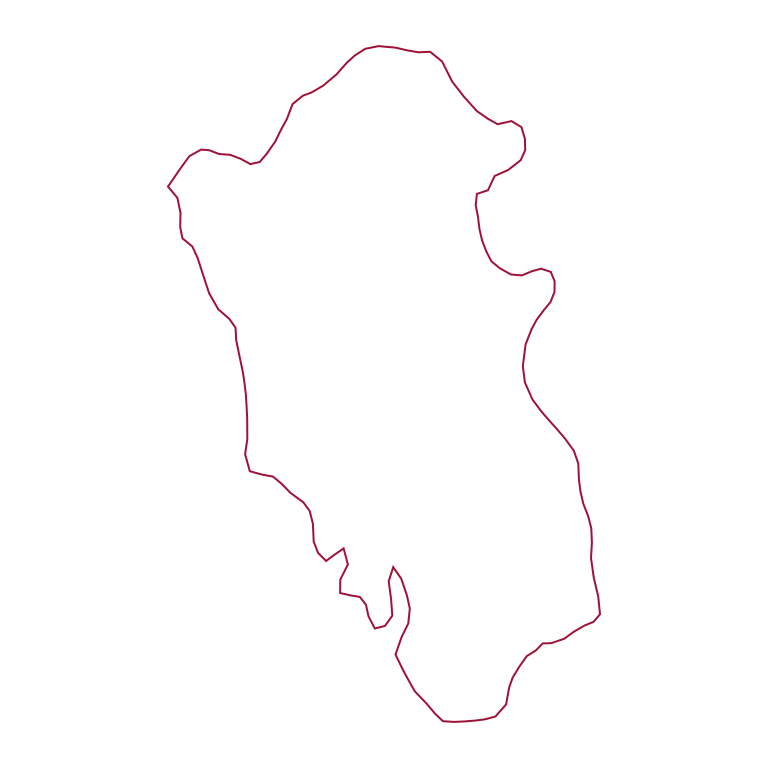 Mvita, Kenya
{"feature_id": "3690345B40484627971500", "entity_name": "Mvita", "entity_type": "district", "adm_level": 2, "iso_a3": "KEN", "parent_name": "Kenya", "parent_adm1": "", "projection": "equal_earth", "projection_center": [39.663, -4.052], "detail": "fine", "context": "isolated", "style": "outline", "palette": "rose", "viewbox_px": 768, "rotation_deg": 0, "n_neighbors": 0, "source": "geoboundaries", "source_scale": "gbopen_adm2", "svg_char_len": 1995}
<svg xmlns="http://www.w3.org/2000/svg" viewBox="0 0 768 768"><path d="M168.0,186.6L177.4,197.9L180.5,213.0L180.2,227.0L182.4,238.3L192.4,246.6L197.7,258.2L202.8,274.0L209.1,293.2L218.2,309.2L229.3,318.9L235.5,327.6L236.2,340.2L239.3,355.2L242.9,372.3L244.5,383.0L245.8,393.9L246.6,406.5L247.2,418.5L247.3,439.3L245.1,454.2L249.8,471.2L261.5,474.5L273.0,476.6L281.3,483.5L290.6,493.0L303.4,502.4L309.7,511.0L312.9,523.8L313.7,541.5L318.0,552.8L326.1,561.0L333.1,555.7L343.6,548.4L347.9,564.4L340.3,579.6L340.1,593.0L350.1,595.3L359.8,596.9L366.0,604.8L368.5,616.3L374.8,628.5L385.0,625.9L392.3,615.7L391.1,599.2L388.7,581.2L393.2,567.2L401.2,578.6L406.9,595.3L409.8,608.5L408.3,623.4L401.7,636.8L395.5,654.5L402.7,669.4L408.8,680.7L414.9,691.4L426.4,703.4L435.0,713.6L442.9,721.2L454.4,721.9L465.1,721.4L476.0,720.5L485.1,719.3L495.4,716.5L506.1,704.4L509.2,687.3L512.7,677.5L519.5,666.4L526.7,656.2L536.0,650.3L542.7,643.4L551.2,643.2L564.3,638.7L573.9,631.7L584.4,625.6L593.4,621.9L600.0,614.3L598.2,596.3L593.8,577.9L591.0,558.0L591.9,542.8L591.3,528.4L588.1,516.0L583.3,503.7L580.4,491.1L578.9,479.3L578.3,463.7L573.9,450.8L565.0,438.6L557.0,429.2L548.2,419.4L541.3,411.4L532.4,399.4L524.9,382.4L522.8,366.1L525.6,344.4L531.6,329.1L536.8,319.5L543.8,310.2L550.5,302.0L554.5,292.0L554.6,281.2L550.8,271.9L541.1,268.7L532.0,271.2L521.9,275.4L511.0,274.5L499.9,268.3L491.4,261.4L486.4,251.6L482.1,240.5L479.5,229.3L477.9,216.3L475.7,205.3L476.9,193.9L488.0,190.2L494.6,176.0L508.1,170.0L520.7,160.2L525.2,150.1L524.9,138.7L521.4,127.1L511.5,121.1L497.6,124.2L487.8,118.7L477.0,111.2L464.0,96.8L452.1,81.5L442.1,61.5L430.2,51.8L418.5,52.3L406.9,50.3L395.4,47.6L386.8,46.9L378.7,46.1L365.2,48.8L354.8,55.5L347.0,62.5L336.5,74.4L323.1,85.7L311.5,92.5L302.9,95.7L292.6,104.0L286.8,119.2L281.1,129.6L275.2,141.6L266.5,154.1L259.7,162.0L250.3,164.1L240.8,158.9L230.2,154.8L219.0,154.0L209.1,150.2L201.1,149.6L189.4,156.1L179.4,169.9L168.0,186.6Z" fill="none" stroke="#9f1239" stroke-width="2"/></svg>